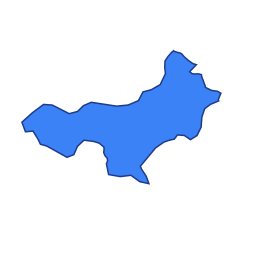 outline of Rîşcani, rotated 162°
{"feature_id": "MDA-1617", "entity_name": "Rîşcani", "entity_type": "District", "adm_level": 1, "iso_a3": "MDA", "parent_name": "Moldova", "parent_adm1": "", "projection": "equal_earth", "projection_center": [27.482, 47.936], "detail": "fine", "context": "isolated", "style": "filled", "palette": "blue", "viewbox_px": 256, "rotation_deg": 162, "n_neighbors": 0, "source": "natural_earth", "source_scale": "10m", "svg_char_len": 1091}
<svg xmlns="http://www.w3.org/2000/svg" viewBox="0 0 256 256"><g transform="rotate(162 128 128)"><path d="M60.7,187.4L60.5,186.8L59.3,185.8L54.8,182.9L53.8,181.5L52.7,178.7L49.9,173.9L46.4,169.2L43.4,167.1L52.0,162.5L50.1,159.7L47.4,158.6L44.4,157.8L41.7,156.1L42.0,154.1L41.6,144.2L41.8,142.7L37.2,138.1L31.6,135.3L28.9,132.4L33.3,127.2L33.3,125.8L35.2,125.6L42.3,125.0L49.2,122.6L54.4,115.5L58.2,106.2L64.7,99.5L72.2,97.6L76.7,103.5L83.1,106.1L87.4,103.1L92.7,103.6L98.2,103.5L108.0,100.5L128.1,87.8L127.8,84.6L125.6,76.4L125.3,68.6L133.5,73.4L139.8,82.1L150.4,84.2L160.8,89.7L159.6,100.7L157.6,102.9L157.1,105.7L158.4,108.7L158.7,112.2L157.6,114.4L156.8,117.2L160.0,122.4L164.6,125.7L173.6,130.0L181.7,126.2L187.7,119.4L195.1,119.0L211.0,136.1L216.3,139.6L217.1,145.5L219.3,154.4L226.7,156.1L227.1,166.3L214.3,172.0L201.0,176.5L192.9,173.2L179.5,159.8L170.9,159.3L163.5,163.0L155.0,163.8L132.1,152.3L120.7,149.8L109.6,150.8L102.6,157.7L94.1,157.2L84.0,159.3L75.6,168.1L74.3,174.4L72.1,180.3L67.9,183.6L63.4,186.3L60.7,187.4Z" fill="#3b82f6" stroke="#1e3a8a" stroke-width="1.5"/></g></svg>